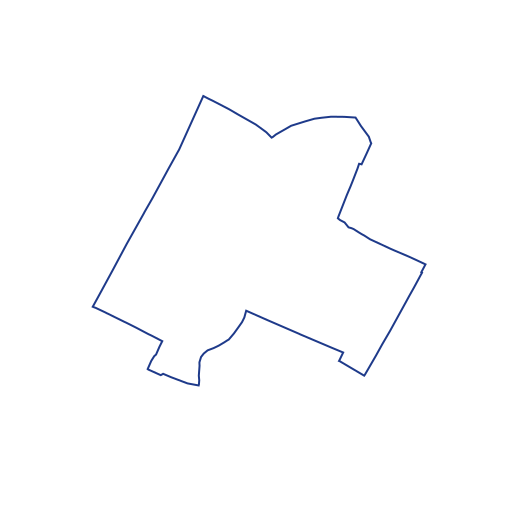 Karmuz, Al Iskandariyah, Egypt, rotated 144°
{"feature_id": "37247803B60489712487225", "entity_name": "Karmuz", "entity_type": "district", "adm_level": 2, "iso_a3": "EGY", "parent_name": "Egypt", "parent_adm1": "Al Iskandariyah", "projection": "natural_earth1", "projection_center": [29.903, 31.179], "detail": "fine", "context": "isolated", "style": "outline", "palette": "blue", "viewbox_px": 512, "rotation_deg": 144, "n_neighbors": 0, "source": "geoboundaries", "source_scale": "gbopen_adm2", "svg_char_len": 1894}
<svg xmlns="http://www.w3.org/2000/svg" viewBox="0 0 512 512"><g transform="rotate(144 256 256)"><path d="M123.8,149.6L128.8,158.7L132.8,165.8L140.6,178.8L143.0,182.9L153.9,202.5L156.5,209.2L157.3,210.8L158.0,212.4L159.0,214.8L161.2,220.4L161.8,221.4L162.4,222.4L164.3,224.8L164.6,231.1L166.9,235.7L167.6,238.4L165.9,239.6L146.7,251.9L146.2,252.2L138.7,256.7L133.3,260.1L122.6,267.0L118.4,270.0L117.8,269.4L117.6,269.2L116.7,268.1L105.9,274.1L96.6,279.4L96.6,279.5L96.4,280.1L96.3,280.7L94.6,286.2L94.7,299.5L94.3,305.7L94.1,309.5L102.8,316.7L113.3,324.5L121.7,329.3L128.0,332.7L137.1,336.0L151.0,340.7L168.5,342.6L172.4,342.4L173.1,342.5L173.8,342.6L174.9,350.0L178.9,362.5L187.6,381.6L191.5,390.5L199.7,406.9L199.8,407.1L199.9,407.3L201.9,411.0L204.6,416.4L255.6,387.3L259.3,385.6L275.4,378.1L281.9,375.0L306.3,363.4L320.1,357.2L320.9,356.8L321.7,356.4L353.4,341.8L380.2,328.8L408.1,315.5L417.9,310.9L417.1,309.6L416.2,308.3L410.9,298.6L410.4,297.5L409.8,296.5L406.3,289.8L401.7,281.1L401.2,280.1L400.6,279.1L398.3,274.7L394.9,268.1L392.5,263.2L388.9,255.9L388.0,254.3L387.2,252.8L381.9,242.2L387.5,239.3L394.8,235.0L396.0,234.9L397.2,234.8L402.4,232.7L410.1,228.2L410.0,227.9L409.9,227.5L403.1,215.6L401.7,215.4L400.4,215.3L395.9,207.8L386.3,193.2L378.5,185.0L378.2,185.3L377.8,185.5L375.0,188.8L372.6,192.8L366.1,200.5L365.2,201.9L364.2,203.3L359.8,206.6L355.6,207.8L350.6,208.1L344.4,206.4L339.5,205.5L339.2,205.5L339.0,205.4L332.5,204.8L328.7,204.6L327.9,204.5L327.2,204.4L319.4,206.3L312.4,208.6L306.2,210.7L301.6,213.1L296.1,217.5L284.6,197.7L266.8,167.6L266.6,167.2L266.4,166.8L248.5,137.0L242.2,126.7L250.4,122.3L250.3,122.2L250.2,122.0L249.9,121.2L238.8,95.6L238.2,95.8L237.6,96.0L229.9,99.4L217.5,104.9L205.5,110.5L191.6,116.6L161.2,130.9L155.3,133.7L146.8,137.6L139.9,140.9L134.5,143.5L131.5,144.9L131.8,145.7L123.8,149.6Z" fill="none" stroke="#1e3a8a" stroke-width="2"/></g></svg>